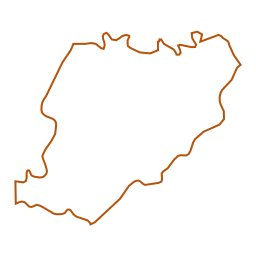 SVG path tracing the border of Piacenza
{"feature_id": "ITA-5361", "entity_name": "Piacenza", "entity_type": "Province", "adm_level": 1, "iso_a3": "ITA", "parent_name": "Italy", "parent_adm1": "", "projection": "natural_earth1", "projection_center": [9.564, 44.845], "detail": "fine", "context": "isolated", "style": "outline", "palette": "amber", "viewbox_px": 256, "rotation_deg": 0, "n_neighbors": 0, "source": "natural_earth", "source_scale": "10m", "svg_char_len": 2103}
<svg xmlns="http://www.w3.org/2000/svg" viewBox="0 0 256 256"><path d="M240.6,64.8L237.0,67.8L231.6,79.9L222.0,90.1L220.5,93.2L219.7,96.8L219.7,101.2L220.7,104.6L223.8,111.2L224.0,119.1L219.5,124.6L203.8,131.6L195.0,139.2L193.1,142.7L190.4,151.0L188.5,154.2L185.9,155.5L180.6,155.2L178.1,155.9L174.2,159.5L167.8,168.2L163.2,171.4L161.7,173.3L162.1,179.3L161.4,181.6L158.4,182.9L145.1,184.9L143.3,184.1L140.2,181.4L138.5,180.6L136.0,180.8L133.4,182.2L128.8,186.1L120.0,198.8L94.7,222.4L90.5,224.3L90.3,223.1L87.6,220.4L77.4,217.0L75.1,215.8L73.4,214.2L70.5,210.2L68.9,209.5L67.7,209.6L66.8,210.3L64.8,213.0L63.3,213.7L61.1,214.2L56.5,214.2L54.3,213.8L52.7,213.1L51.8,212.4L41.3,206.3L38.4,205.2L36.3,204.9L33.7,206.2L31.5,206.9L30.0,206.8L28.8,206.3L26.7,204.1L24.7,202.3L23.0,201.7L21.5,201.6L18.8,202.4L15.8,203.7L15.4,181.3L23.4,182.4L25.9,181.0L26.5,178.5L26.7,177.2L26.6,174.2L26.6,172.7L27.3,170.7L28.3,170.3L29.2,170.6L29.8,171.5L31.1,174.8L32.3,175.9L34.4,176.7L39.0,177.4L41.3,177.4L43.3,176.8L44.5,175.9L46.0,174.3L46.6,172.9L46.9,171.4L46.8,170.1L45.5,165.3L43.0,158.6L42.6,157.4L42.4,156.1L43.5,153.3L45.5,149.3L51.5,140.8L55.2,133.9L56.1,125.5L56.1,124.1L55.9,122.7L55.5,121.6L54.9,120.6L54.2,119.9L52.2,118.6L47.5,116.8L45.3,115.7L44.3,115.0L42.8,113.5L42.2,112.6L41.6,111.1L41.4,109.1L41.7,105.5L42.1,103.4L42.7,101.7L44.1,99.0L46.1,96.1L62.5,62.3L70.6,50.4L71.6,48.2L73.4,43.9L85.1,43.9L90.6,43.1L92.9,43.3L95.8,43.9L101.0,48.1L103.6,48.9L104.7,45.1L104.2,42.0L103.2,39.1L102.8,36.4L103.8,34.0L104.7,33.6L106.4,32.9L108.6,34.8L111.7,39.4L116.1,40.2L119.4,38.3L122.4,35.9L126.0,35.0L129.1,35.7L129.3,37.0L128.3,38.7L127.6,40.6L127.7,44.7L128.1,46.3L131.3,48.4L139.7,52.4L150.2,53.4L158.0,50.2L157.9,41.7L158.7,41.2L159.2,41.3L159.4,41.0L159.5,39.4L161.1,39.4L163.9,43.8L173.4,49.3L175.4,51.9L176.6,54.6L179.0,54.7L180.7,52.9L179.9,49.6L178.1,45.5L180.3,44.8L191.2,47.1L195.1,47.0L196.1,44.6L192.3,38.4L191.7,33.1L197.2,31.7L202.1,34.4L200.3,41.7L218.5,34.9L221.5,36.2L222.6,37.8L227.6,41.0L228.7,42.8L229.3,45.2L234.0,55.5L240.6,64.8Z" fill="none" stroke="#b45309" stroke-width="2"/></svg>